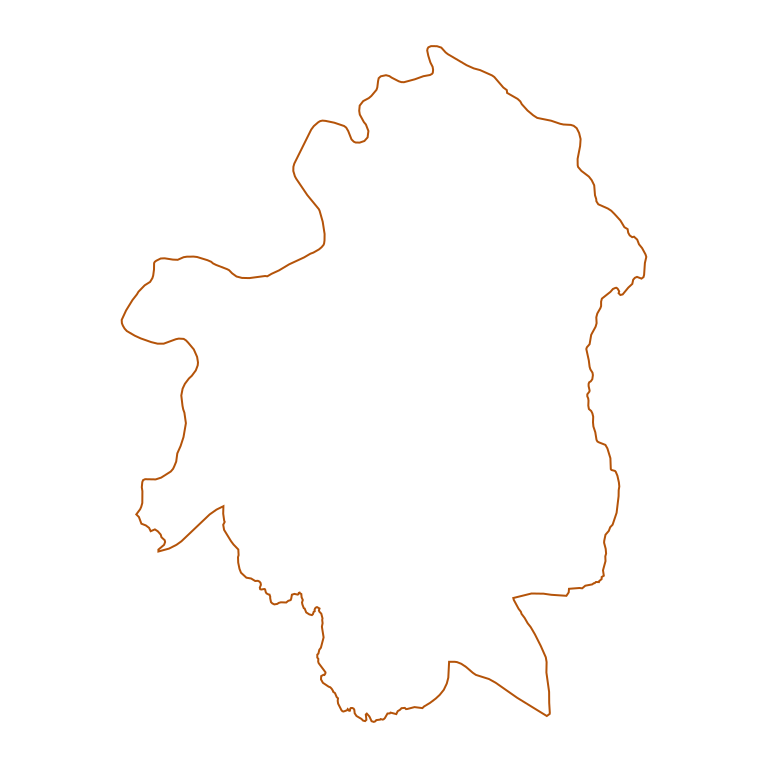 outline of Maputsoe, Leribe, Lesotho
{"feature_id": "5366337B94933282431909", "entity_name": "Maputsoe", "entity_type": "district", "adm_level": 2, "iso_a3": "LSO", "parent_name": "Lesotho", "parent_adm1": "Leribe", "projection": "orthographic", "projection_center": [27.931, -28.897], "detail": "fine", "context": "isolated", "style": "outline", "palette": "amber", "viewbox_px": 768, "rotation_deg": 0, "n_neighbors": 0, "source": "geoboundaries", "source_scale": "gbopen_adm2", "svg_char_len": 6076}
<svg xmlns="http://www.w3.org/2000/svg" viewBox="0 0 768 768"><path d="M603.8,575.7L603.0,570.3L605.5,561.1L605.3,556.3L606.1,553.6L605.7,548.9L604.1,542.8L604.2,540.9L605.5,534.7L608.8,530.9L610.2,527.2L612.6,524.7L616.6,512.8L618.6,496.1L618.7,490.2L619.3,486.5L618.9,482.4L617.4,475.7L615.7,471.7L614.9,470.9L611.5,470.0L610.8,469.1L610.4,458.2L607.4,448.4L605.4,444.9L598.8,442.3L597.4,441.5L596.5,439.8L595.3,432.3L593.4,426.5L593.0,422.4L593.2,416.8L592.4,413.4L591.2,411.0L588.9,409.0L588.3,405.6L588.5,400.7L588.2,398.4L587.3,396.3L587.3,394.3L589.4,391.6L589.6,390.5L588.6,386.1L588.6,383.9L589.2,382.3L590.8,381.3L592.3,379.2L592.9,375.1L592.5,372.7L590.4,369.4L589.6,366.8L588.8,360.4L586.3,349.0L586.9,347.3L589.6,344.2L591.2,334.8L595.6,326.7L596.6,323.2L596.3,317.3L597.3,313.5L600.4,308.1L601.1,306.1L601.1,301.6L601.9,298.6L610.5,291.8L612.9,289.0L615.4,287.9L616.5,287.8L617.7,288.8L619.2,291.4L618.6,293.2L620.4,295.0L622.7,294.4L628.3,287.6L632.3,283.9L633.2,279.7L634.9,277.8L637.0,276.9L641.5,278.6L643.5,277.1L644.1,274.8L644.9,263.0L646.3,256.9L645.5,254.4L642.1,248.1L639.0,244.3L637.2,239.6L634.0,236.7L632.2,237.2L629.7,235.4L628.2,232.7L627.6,229.1L624.4,227.2L620.4,220.5L614.5,214.0L611.2,210.7L607.8,208.5L598.3,204.3L596.4,201.3L596.2,199.0L595.0,195.3L594.2,185.3L591.7,180.2L588.9,176.6L581.4,170.9L578.1,167.0L577.7,165.3L577.6,158.9L580.1,146.1L580.6,139.1L579.1,133.0L576.7,128.2L573.7,125.8L570.8,124.9L563.5,124.5L560.2,123.8L551.1,120.7L537.2,117.9L533.2,115.3L527.5,110.5L521.8,104.2L520.3,101.4L517.6,98.9L507.1,92.9L506.8,90.1L503.3,87.5L494.3,77.0L492.0,75.4L480.1,70.1L473.8,68.4L466.6,65.2L447.9,54.2L445.6,52.4L441.3,47.6L437.0,46.2L431.1,46.1L428.4,47.3L427.6,48.6L427.2,50.5L428.3,55.8L430.4,62.5L432.6,66.8L433.1,69.8L432.8,72.8L432.0,73.9L430.0,75.0L423.4,76.2L414.8,79.3L404.0,82.2L401.3,82.1L398.8,81.3L391.6,77.6L389.4,76.1L386.0,75.2L380.8,76.3L378.7,78.2L378.1,80.9L377.3,87.4L376.5,89.8L371.3,96.0L368.8,98.1L363.2,101.1L359.7,105.6L359.2,110.8L359.8,114.6L363.9,122.1L365.9,124.5L368.4,131.0L367.6,137.4L364.4,141.0L359.7,142.6L355.6,142.5L353.8,141.7L351.5,139.4L348.2,131.0L346.2,127.6L344.1,126.0L334.3,122.7L325.6,120.9L322.5,120.6L320.2,121.1L318.3,122.2L313.8,126.1L311.2,129.6L294.3,163.6L293.4,166.8L293.3,171.0L294.9,176.3L296.2,178.7L307.3,195.1L318.8,209.1L319.6,210.8L322.7,221.7L324.6,234.0L324.5,240.6L324.1,243.4L323.6,244.8L321.6,247.2L319.0,249.4L313.4,252.6L310.4,253.7L304.1,257.4L289.2,264.3L279.0,270.4L271.6,273.8L267.3,276.3L265.1,276.0L249.3,278.1L241.9,277.9L236.5,276.5L232.1,273.3L229.1,270.2L227.2,269.2L216.0,264.9L213.0,263.4L211.2,261.8L207.5,260.2L197.1,257.0L193.7,256.6L186.8,256.7L183.6,257.2L177.7,259.8L172.9,259.6L164.6,258.3L160.7,258.5L156.3,260.7L154.8,261.8L154.1,263.1L154.0,269.5L153.2,275.5L152.4,278.1L150.1,281.9L144.7,285.3L138.5,291.7L136.9,294.4L132.5,300.0L126.1,310.4L121.7,319.9L121.9,323.2L122.9,325.7L124.6,328.6L126.9,331.1L134.8,335.7L140.7,338.4L151.2,342.1L157.7,343.7L163.6,343.7L175.9,339.2L178.8,338.6L183.7,338.9L186.0,340.4L188.1,342.6L193.8,349.4L197.1,356.9L198.0,362.5L197.7,365.4L195.8,370.4L191.8,375.8L188.9,378.5L184.9,383.8L182.6,388.7L181.3,395.5L182.5,405.8L183.2,409.3L184.4,412.7L185.9,423.2L183.5,437.1L180.6,446.0L177.3,453.4L176.2,461.6L174.4,466.0L173.1,468.8L170.8,471.5L161.2,477.6L155.7,479.4L145.1,479.2L143.1,480.1L142.3,482.1L141.8,487.2L142.4,491.2L142.3,503.0L141.2,506.9L140.1,509.3L136.3,514.4L138.9,517.0L141.4,523.7L145.8,525.4L149.1,527.9L150.7,531.2L154.9,529.4L157.8,531.3L160.7,534.6L161.5,537.3L164.7,540.2L165.1,542.0L164.1,544.8L158.4,549.6L158.4,551.5L169.0,548.6L176.5,544.8L181.4,541.3L209.7,514.4L216.5,509.6L223.4,506.2L223.2,513.7L224.2,520.8L224.7,521.9L223.2,524.8L224.1,529.9L231.1,541.3L233.5,544.5L238.3,549.5L238.6,555.1L238.0,557.2L238.2,562.6L239.5,568.9L241.0,572.7L246.4,577.7L251.1,578.5L255.2,581.0L257.8,580.8L259.5,581.6L260.6,583.0L260.9,584.9L259.8,587.6L260.2,589.2L261.3,589.5L264.3,589.0L265.1,589.4L265.7,592.0L266.5,593.4L268.8,594.6L269.5,594.6L270.2,596.5L270.2,598.2L271.0,602.1L272.3,603.4L274.3,604.4L277.3,603.9L278.7,602.9L280.9,602.3L286.2,602.5L288.3,600.8L290.6,600.1L291.2,598.7L291.9,594.7L294.4,593.9L297.7,594.6L298.3,594.3L298.8,592.9L299.6,592.6L299.9,593.2L301.3,594.0L301.6,597.3L302.8,600.0L302.0,602.5L302.4,604.5L303.8,608.2L304.7,608.6L306.2,612.4L309.3,614.4L311.9,615.1L312.9,614.2L313.7,611.8L314.7,611.3L314.6,609.7L315.1,608.4L316.0,607.5L317.0,607.1L319.5,608.5L318.9,610.4L319.4,611.7L321.3,613.7L322.5,618.4L322.2,619.9L322.6,623.2L321.9,626.7L323.6,637.4L320.9,647.7L319.3,649.8L318.4,653.6L317.3,654.6L317.3,657.6L318.3,658.8L318.2,661.7L318.7,663.2L325.5,672.3L325.3,673.6L324.4,675.0L323.5,674.8L321.2,676.1L321.0,679.4L322.9,682.8L328.7,686.7L330.3,687.3L331.7,688.8L333.0,690.9L333.1,691.7L335.0,693.1L336.7,697.1L338.0,698.3L337.7,700.8L338.1,703.6L341.4,710.1L342.4,711.2L343.4,711.5L344.8,711.1L347.1,710.2L347.7,709.1L349.2,710.8L349.9,710.7L350.3,708.6L350.9,708.0L352.3,708.0L353.6,708.6L354.3,709.8L354.7,713.3L356.5,716.0L361.4,718.9L363.1,720.6L365.1,721.1L366.4,719.8L365.8,714.5L366.8,713.6L369.4,716.5L371.6,721.2L373.8,721.9L375.3,721.3L376.3,720.1L380.2,719.6L380.6,719.1L382.8,719.6L383.7,719.2L384.8,718.2L387.5,713.5L389.8,713.4L390.5,712.6L396.3,714.1L397.7,711.2L400.0,709.8L401.5,708.2L404.8,707.9L406.0,709.1L407.2,709.0L414.5,707.1L422.4,708.1L424.0,706.5L430.0,702.9L435.7,698.6L439.7,694.9L443.8,689.8L446.8,683.5L448.3,677.7L449.1,661.8L454.7,661.8L457.0,662.1L461.3,663.8L466.1,667.0L472.7,672.7L475.9,674.9L488.9,679.0L495.6,682.7L517.2,697.8L546.8,716.0L549.7,713.9L549.8,712.7L549.2,702.9L549.1,691.8L546.4,672.5L546.6,662.1L545.8,657.3L540.8,646.0L534.9,634.3L530.7,627.1L527.7,623.3L524.6,617.9L521.5,613.8L520.9,611.8L518.6,608.8L513.8,599.9L513.3,598.0L531.5,593.5L543.6,593.7L551.3,594.8L566.4,595.8L568.7,592.4L569.0,588.8L579.4,588.0L582.2,588.3L585.3,585.7L592.2,584.4L593.8,583.2L594.6,583.2L595.9,582.0L598.9,582.1L599.1,581.2L601.6,579.1L601.7,577.0L603.8,575.7Z" fill="none" stroke="#b45309" stroke-width="2"/></svg>